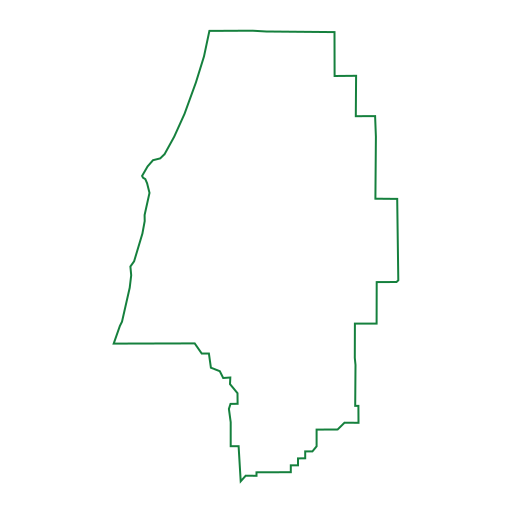 outline of Coos, Oregon, United States of America
{"feature_id": "52423323B77484921359838", "entity_name": "Coos", "entity_type": "district", "adm_level": 2, "iso_a3": "USA", "parent_name": "United States of America", "parent_adm1": "Oregon", "projection": "equal_earth", "projection_center": [-124.106, 43.139], "detail": "fine", "context": "isolated", "style": "outline", "palette": "green", "viewbox_px": 512, "rotation_deg": 0, "n_neighbors": 0, "source": "geoboundaries", "source_scale": "gbopen_adm2", "svg_char_len": 1031}
<svg xmlns="http://www.w3.org/2000/svg" viewBox="0 0 512 512"><path d="M358.5,422.8L358.4,405.9L355.2,405.9L355.5,365.0L354.8,357.9L354.9,323.6L376.6,323.6L376.7,282.1L396.5,282.0L398.3,280.3L397.2,198.9L375.4,198.7L375.9,136.8L375.1,116.1L355.8,116.2L356.1,75.8L334.6,76.0L334.5,32.1L266.2,31.5L252.4,30.7L209.4,30.9L204.0,56.4L195.9,82.5L184.5,113.9L174.2,136.7L164.5,154.3L164.4,154.3L160.2,158.4L153.0,160.2L147.6,166.4L142.1,175.9L143.0,177.7L145.3,179.1L147.1,183.3L149.5,192.9L144.6,215.0L144.7,221.1L142.4,233.6L134.1,261.3L130.4,266.5L131.2,275.3L129.7,287.8L122.0,321.7L119.9,325.9L113.7,343.6L194.7,343.4L201.7,353.5L208.9,353.5L210.9,367.7L219.8,371.2L223.2,378.0L230.3,377.5L230.0,384.1L237.5,393.2L237.6,403.8L230.5,403.9L228.9,408.9L230.7,422.2L230.7,446.2L238.6,446.2L240.7,481.3L245.7,475.7L256.5,475.8L256.5,472.3L290.8,472.2L290.8,465.3L298.0,465.3L298.0,458.4L305.2,458.3L305.2,451.4L312.4,451.4L316.6,446.3L316.6,429.6L337.6,429.5L344.5,422.7L358.5,422.8Z" fill="none" stroke="#15803d" stroke-width="2"/></svg>